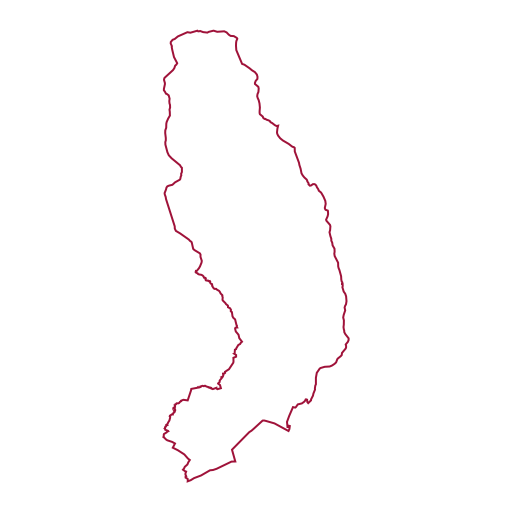 outline of Bughea De Sus, Arges, Romania
{"feature_id": "2599482B4060307411648", "entity_name": "Bughea De Sus", "entity_type": "district", "adm_level": 2, "iso_a3": "ROU", "parent_name": "Romania", "parent_adm1": "Arges", "projection": "natural_earth1", "projection_center": [25.027, 45.334], "detail": "fine", "context": "isolated", "style": "outline", "palette": "rose", "viewbox_px": 512, "rotation_deg": 0, "n_neighbors": 0, "source": "geoboundaries", "source_scale": "gbopen_adm2", "svg_char_len": 6061}
<svg xmlns="http://www.w3.org/2000/svg" viewBox="0 0 512 512"><path d="M235.3,461.5L232.0,449.7L249.3,432.1L251.5,430.7L254.0,428.5L262.6,420.6L264.1,420.5L265.8,420.9L274.5,423.4L288.5,431.0L289.4,429.0L289.8,426.0L288.7,425.7L288.6,427.0L287.5,427.0L287.0,421.9L289.2,415.9L293.0,407.1L295.2,407.6L295.8,407.2L297.8,404.4L301.9,403.4L304.1,401.8L305.1,400.7L305.7,399.4L306.4,399.4L307.1,399.7L307.3,402.0L308.2,403.1L311.0,400.4L311.1,399.3L313.0,395.6L313.4,393.6L315.0,389.6L314.9,388.3L315.3,385.6L315.9,384.3L315.9,377.8L316.8,372.8L319.7,368.6L320.6,368.0L324.7,366.8L329.7,366.5L331.9,365.6L334.5,363.9L336.1,362.4L337.1,359.7L337.6,358.7L340.7,356.2L341.7,355.1L342.0,352.9L345.7,348.5L346.1,347.3L346.1,345.9L345.7,344.5L347.9,341.8L348.6,340.0L348.6,338.3L345.3,334.1L344.3,332.2L344.2,330.6L343.8,329.2L343.5,327.1L343.8,324.6L343.9,320.4L343.2,317.5L343.7,314.9L345.2,310.4L344.6,307.5L345.1,305.9L346.0,304.3L346.5,301.2L346.1,296.3L345.2,293.7L343.7,291.6L342.4,287.2L342.7,286.1L342.6,284.0L342.0,284.0L342.0,283.5L342.4,283.1L342.3,282.3L341.7,281.5L341.3,279.6L341.1,276.2L339.4,270.0L338.6,268.1L338.2,266.4L338.1,262.7L334.7,256.1L334.3,253.7L334.6,251.8L334.5,248.7L332.6,245.4L332.2,242.6L331.3,240.7L331.3,238.8L330.4,236.1L329.5,232.2L330.1,230.2L330.4,226.3L330.0,224.9L326.4,220.7L326.1,219.7L327.6,216.3L328.1,214.2L328.0,211.6L327.8,210.6L325.6,209.8L325.1,209.0L324.8,208.0L325.7,203.9L325.3,200.9L323.5,196.7L321.6,193.4L321.0,192.5L318.8,190.7L318.3,189.3L316.9,187.2L316.3,185.7L315.4,184.6L314.4,184.1L313.0,184.1L311.0,185.5L309.9,185.7L308.5,184.3L308.6,183.3L307.3,181.4L307.2,180.6L306.7,179.6L304.3,177.4L302.7,175.4L301.5,173.3L300.6,168.7L299.4,165.0L299.0,162.8L294.8,151.5L294.7,147.9L293.8,147.1L292.5,146.8L291.4,146.0L288.7,143.9L282.9,140.5L280.2,138.3L278.1,135.6L277.2,133.7L277.0,132.3L277.4,128.7L278.1,125.7L276.7,126.1L274.9,125.2L272.1,123.0L270.5,122.2L270.1,121.3L268.7,120.4L266.5,119.7L265.4,118.9L264.8,119.0L264.2,118.7L263.1,117.7L262.8,116.6L259.9,114.2L259.6,113.0L259.6,111.2L259.9,107.6L259.5,103.5L258.7,100.2L257.7,98.0L257.2,96.2L257.5,94.1L258.4,92.0L258.7,88.5L258.3,86.8L255.0,84.0L254.9,83.0L255.7,80.9L257.4,78.9L257.5,76.8L256.9,74.6L254.9,72.1L252.0,70.3L249.6,68.3L244.4,64.7L242.1,63.9L236.3,50.1L236.0,45.8L236.1,42.7L236.4,40.9L237.3,38.8L236.8,37.9L233.8,36.1L230.6,35.9L228.8,34.7L226.6,32.4L224.2,31.3L217.2,31.8L213.7,30.7L213.0,30.8L208.6,31.9L207.4,32.6L203.1,32.1L200.1,31.0L199.1,31.3L198.1,31.3L197.4,30.7L190.4,32.7L187.4,32.2L177.9,36.4L174.7,39.0L172.6,39.8L170.8,42.0L170.7,43.5L171.9,46.2L171.7,46.9L172.2,49.6L174.0,57.1L177.2,63.2L176.3,64.7L175.2,65.6L174.3,68.2L173.0,70.1L164.5,77.9L164.2,78.8L164.0,79.9L164.9,83.0L164.9,84.3L163.9,88.9L163.9,90.4L164.7,91.3L166.0,93.7L166.9,94.0L168.7,95.4L169.6,98.7L169.3,101.1L169.5,103.4L170.0,104.9L170.1,107.5L169.5,109.7L169.8,111.9L169.9,115.6L168.2,118.5L166.7,121.9L166.3,123.7L166.2,127.8L165.3,130.3L165.2,133.0L165.8,138.0L165.8,140.4L165.3,142.1L165.4,144.6L167.4,152.2L168.8,155.3L171.6,158.3L180.1,165.3L180.8,166.7L181.9,167.8L181.9,172.0L181.1,173.9L181.3,175.3L180.7,176.7L180.3,178.9L179.8,179.7L175.1,182.3L172.4,184.8L169.1,185.6L167.4,186.3L166.5,187.5L166.0,189.5L164.6,193.1L164.8,194.5L165.7,197.0L166.0,199.0L174.7,226.3L174.8,228.6L175.9,230.9L180.1,233.4L188.9,239.6L189.9,240.8L191.2,241.7L191.7,242.3L193.2,248.9L194.5,250.1L199.8,253.3L200.5,254.5L200.5,256.9L201.8,260.9L201.5,262.7L200.0,266.4L198.9,268.3L196.5,271.2L195.9,271.0L195.6,272.1L196.0,272.6L197.7,273.4L197.8,273.8L198.9,274.4L201.3,274.8L202.5,275.4L203.6,276.5L203.9,277.6L205.5,277.9L205.7,278.2L205.8,278.6L205.4,279.0L205.8,280.3L207.3,280.7L207.9,280.5L208.7,281.2L209.8,281.0L210.2,281.6L210.0,282.2L210.4,283.1L210.9,283.7L212.0,284.1L212.3,285.5L212.1,285.8L213.3,287.8L214.4,288.9L216.2,288.9L216.7,289.5L219.1,290.9L219.8,291.8L220.7,293.6L222.2,295.0L222.4,295.3L222.2,295.8L222.7,297.4L222.5,299.9L222.9,300.6L225.4,303.1L226.0,304.1L227.9,305.6L228.0,307.2L230.1,308.3L231.0,309.9L230.7,311.0L231.1,311.6L231.9,312.1L232.5,316.3L233.3,317.8L235.1,319.4L236.5,325.1L236.9,325.6L236.9,327.2L237.1,327.5L235.5,327.7L235.2,328.2L235.1,328.7L235.8,331.5L238.5,334.7L239.3,338.2L242.0,341.7L240.8,342.8L240.1,344.0L238.3,345.0L236.3,348.3L236.1,349.1L234.9,349.7L234.6,353.7L234.3,353.8L236.1,355.0L236.1,356.7L233.4,357.8L233.5,361.4L233.3,362.7L229.0,369.2L225.0,371.8L225.1,372.9L224.5,373.4L223.0,373.6L223.0,374.0L223.4,374.7L223.3,375.3L222.9,376.4L221.5,377.1L222.1,377.6L219.7,380.5L219.7,381.9L218.2,383.3L218.1,383.6L220.0,385.0L220.9,388.2L217.4,389.2L216.4,388.4L216.4,387.8L212.8,389.1L211.4,388.6L211.3,387.9L210.0,387.5L209.9,387.9L208.4,387.4L208.2,387.0L206.3,386.5L205.3,385.8L204.6,385.8L203.9,386.2L202.5,385.8L200.4,386.5L200.5,387.0L198.7,387.6L198.3,387.5L198.0,387.1L197.2,387.8L191.3,388.9L191.0,390.5L187.7,400.4L183.4,399.8L181.1,400.7L181.1,401.2L179.9,401.9L179.2,402.9L178.5,403.3L176.6,403.3L176.1,404.1L175.4,404.3L175.4,404.8L175.2,405.1L174.7,405.2L175.0,406.2L174.8,406.5L175.0,406.9L174.6,407.3L174.8,407.9L174.6,408.1L174.2,407.7L173.5,407.8L173.3,408.1L173.3,408.5L173.8,408.3L174.1,408.7L174.3,408.5L174.7,408.9L175.2,409.8L175.2,410.1L174.0,410.9L174.4,411.4L174.8,411.4L174.5,412.2L173.2,413.2L172.8,414.5L172.0,414.3L169.9,415.7L169.8,416.1L170.2,416.2L170.1,417.8L169.4,420.5L168.2,422.4L167.5,424.0L166.8,424.5L167.2,425.1L166.2,425.3L166.3,425.8L165.9,426.6L165.3,426.7L165.0,427.6L165.0,428.1L164.6,428.5L165.3,429.3L165.3,429.8L168.1,430.9L168.3,431.2L167.3,431.6L166.6,432.4L164.0,434.0L163.7,435.0L163.8,436.3L163.4,437.0L164.3,437.7L166.2,439.6L167.3,440.3L172.1,441.9L175.0,443.5L172.8,447.7L177.8,450.2L184.3,454.4L188.0,458.6L189.8,460.0L188.3,462.3L187.4,464.5L184.8,466.8L184.0,468.5L183.0,469.7L185.2,471.3L186.1,471.6L185.5,473.3L185.4,474.3L186.2,476.2L185.6,476.5L185.6,477.6L187.6,478.8L187.8,480.2L187.7,481.3L190.7,480.2L194.1,478.1L201.0,475.5L210.0,470.3L213.0,470.0L216.6,468.8L231.5,461.6L235.3,461.5Z" fill="none" stroke="#9f1239" stroke-width="2"/></svg>